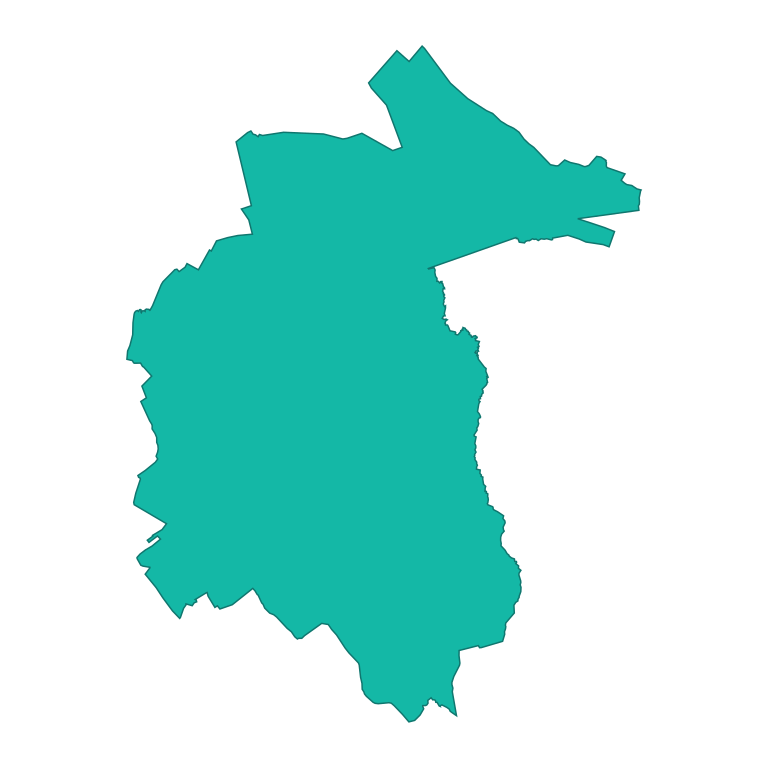 outline of Tasnad, Satu Mare, Romania
{"feature_id": "2599482B32783786094013", "entity_name": "Tasnad", "entity_type": "district", "adm_level": 2, "iso_a3": "ROU", "parent_name": "Romania", "parent_adm1": "Satu Mare", "projection": "mercator", "projection_center": [22.612, 47.484], "detail": "fine", "context": "isolated", "style": "filled", "palette": "teal", "viewbox_px": 768, "rotation_deg": 0, "n_neighbors": 0, "source": "geoboundaries", "source_scale": "gbopen_adm2", "svg_char_len": 6124}
<svg xmlns="http://www.w3.org/2000/svg" viewBox="0 0 768 768"><path d="M609.1,246.8L614.5,231.6L604.6,227.6L577.7,218.7L638.9,210.3L638.4,205.9L639.3,204.2L639.5,201.4L639.2,197.8L640.6,190.9L641.1,190.0L636.9,188.9L631.8,185.5L626.8,184.6L624.5,183.1L621.2,180.3L625.0,173.9L607.0,167.6L606.3,166.1L606.4,162.4L605.6,160.9L606.0,160.4L601.0,157.1L596.7,156.4L588.9,165.4L585.7,166.5L584.2,166.6L578.8,164.4L570.3,162.5L564.7,160.0L558.3,165.7L556.2,165.9L550.4,164.7L533.8,147.4L529.0,143.9L524.0,139.1L519.0,132.2L513.7,128.3L507.2,125.2L500.6,121.1L492.8,113.6L486.4,110.6L467.8,98.7L450.4,83.2L424.5,48.4L422.1,46.1L409.1,61.5L396.9,50.7L368.6,82.9L371.4,88.1L386.5,105.1L402.2,147.3L392.7,150.6L361.9,133.3L347.1,138.3L342.8,139.0L323.5,134.0L283.6,132.3L262.6,135.5L259.4,134.5L258.1,136.7L255.5,134.8L253.1,134.2L250.9,131.0L247.6,132.6L236.1,141.9L251.4,205.7L241.4,209.0L248.8,219.9L252.4,234.2L237.9,235.5L227.7,237.6L216.5,240.9L211.3,251.0L209.5,250.0L198.4,269.8L187.0,263.6L185.1,267.2L179.1,271.6L176.9,269.2L174.8,269.7L163.0,281.7L161.2,284.7L152.6,305.6L150.1,310.1L149.4,310.8L149.7,310.3L149.0,309.4L146.3,309.1L145.1,309.9L145.1,311.3L144.3,310.8L142.3,310.9L141.3,312.7L141.0,312.2L141.0,309.8L140.2,309.5L139.5,309.7L138.5,311.4L137.4,310.5L135.7,311.2L134.6,312.6L134.1,314.3L133.0,322.7L132.7,334.8L129.9,345.6L127.6,351.0L126.9,359.3L132.4,360.6L133.6,362.8L134.4,363.2L140.6,363.1L142.5,366.4L143.8,367.2L151.7,376.1L141.9,386.1L146.4,397.8L140.8,401.5L149.6,420.7L151.8,424.3L152.2,425.8L152.1,428.9L155.0,433.4L156.7,437.5L156.7,442.4L157.9,445.3L158.2,448.9L157.6,452.2L156.1,456.2L157.7,459.0L155.3,462.3L145.2,470.5L137.9,475.5L138.6,477.3L140.2,478.2L140.4,479.2L135.8,493.2L133.7,502.4L134.2,504.7L166.5,523.7L162.1,529.6L152.5,535.4L152.9,536.1L147.3,540.2L149.0,542.4L157.5,536.0L160.5,539.1L152.0,546.1L145.5,549.9L140.1,554.0L137.0,557.5L137.1,558.6L140.8,565.2L142.9,566.1L149.9,567.3L149.9,567.9L145.2,574.2L156.2,587.7L162.9,597.9L172.5,610.9L179.7,618.4L180.4,617.5L183.6,608.3L186.0,604.9L186.0,603.9L192.2,605.7L194.2,602.8L196.7,601.8L196.2,600.0L195.2,599.5L205.9,593.0L207.1,592.5L208.1,596.2L214.9,607.4L217.4,605.8L219.9,609.0L232.3,604.7L252.8,588.4L255.0,590.8L257.2,594.5L258.1,595.1L261.7,602.9L263.1,604.3L264.7,608.1L269.7,613.1L273.7,614.7L276.6,617.0L287.2,628.4L291.4,631.8L294.8,636.8L297.4,639.0L298.7,638.3L301.8,638.3L304.6,635.6L321.7,623.4L328.3,624.5L331.7,629.5L336.6,635.0L345.1,648.0L349.0,653.0L358.4,662.9L359.2,664.9L360.6,677.4L362.0,683.4L362.2,689.3L363.9,691.9L364.5,693.9L366.4,696.3L373.1,702.3L375.1,703.3L378.2,703.7L389.0,702.7L391.3,703.2L394.2,705.7L402.5,714.4L408.9,721.9L414.7,720.4L420.1,715.0L423.7,708.8L422.8,706.7L422.8,705.6L425.7,705.5L426.8,704.9L428.0,703.2L427.8,700.4L431.1,697.8L432.8,699.9L434.0,699.7L435.4,700.4L435.8,702.3L437.1,702.4L439.2,706.0L440.2,706.4L440.0,705.9L441.9,704.9L446.8,707.4L449.2,709.1L450.3,711.4L456.5,715.7L452.3,691.7L452.9,688.1L451.9,684.5L451.9,682.4L453.8,676.5L459.5,665.3L459.9,663.1L459.0,655.6L459.1,650.5L478.3,645.6L479.6,647.7L481.3,647.6L502.6,641.3L504.7,634.3L504.5,631.7L505.5,628.9L505.8,626.6L505.4,625.2L505.8,622.9L514.3,613.0L513.9,605.3L515.7,602.4L517.9,600.9L517.9,599.5L519.1,597.4L519.2,596.1L520.8,591.7L521.0,587.3L520.2,584.9L520.8,582.6L520.7,580.9L518.9,575.0L519.0,573.2L520.9,570.3L518.4,568.3L518.6,565.9L515.8,563.6L516.6,562.4L516.4,561.5L514.7,561.4L514.4,558.9L511.5,557.9L509.3,556.2L508.8,555.0L507.1,553.7L505.1,550.2L501.0,545.8L501.2,543.5L500.6,540.3L500.7,537.1L501.7,534.0L504.2,531.1L503.5,529.9L503.1,527.2L505.1,522.9L504.9,521.0L502.9,518.5L503.6,515.8L497.5,511.7L494.1,510.0L493.2,509.1L493.0,507.2L492.6,506.7L487.9,504.8L487.3,503.6L487.8,502.8L488.3,499.6L488.0,497.5L487.6,497.0L487.8,494.3L487.7,493.6L486.2,493.1L486.4,491.6L485.6,491.0L485.0,491.2L485.2,487.9L485.7,486.4L483.6,484.4L482.7,478.9L482.9,477.1L481.1,476.4L481.4,475.1L479.9,473.4L480.2,470.0L476.5,469.2L476.6,466.9L477.4,465.2L476.7,464.0L476.7,462.1L474.9,459.5L475.1,457.6L474.3,456.7L474.8,455.1L474.6,454.4L476.0,452.1L474.9,449.8L475.8,447.9L475.8,445.9L474.8,443.5L476.1,436.9L474.3,436.1L474.0,435.0L477.1,430.2L476.8,427.9L477.8,426.5L478.7,423.6L478.1,421.8L478.1,419.6L479.0,418.1L480.4,417.6L480.5,416.7L479.3,413.9L477.5,411.6L478.8,403.7L480.0,401.5L479.1,401.0L478.8,399.8L479.1,399.1L480.5,398.7L480.3,396.5L481.5,396.2L481.8,394.2L483.2,392.9L482.7,391.7L483.1,391.1L482.1,389.2L486.0,385.3L486.9,383.8L486.8,382.9L487.6,382.4L486.7,378.4L487.9,377.5L486.7,376.6L487.2,376.0L487.7,376.2L485.8,371.2L486.1,368.5L484.4,367.1L478.2,359.0L478.2,357.6L477.7,356.9L478.1,355.8L476.9,355.6L477.6,354.6L477.0,354.0L477.3,352.7L475.6,353.2L475.0,352.6L476.0,351.0L478.5,351.1L477.8,349.3L478.5,348.0L477.6,347.2L479.0,346.4L478.2,344.5L479.4,341.5L475.5,340.6L475.7,339.6L475.1,338.5L476.9,338.0L477.2,337.2L476.1,336.6L475.6,335.7L473.2,336.1L472.4,337.2L471.5,337.1L471.0,335.3L469.1,334.4L469.6,333.1L468.6,332.5L468.3,331.4L467.1,331.1L466.7,330.0L465.8,329.6L465.2,328.3L463.0,327.5L462.9,328.7L462.2,329.2L462.8,330.0L460.8,330.6L460.9,331.4L458.1,334.7L457.3,334.9L455.3,334.2L455.7,332.6L455.2,331.9L450.0,330.8L447.9,325.6L447.4,325.0L445.5,325.0L445.5,323.8L444.9,323.2L445.9,320.7L447.3,319.8L446.1,319.1L444.0,319.5L442.2,318.3L443.6,315.9L445.1,315.8L444.3,313.5L445.5,308.0L445.5,305.9L444.6,306.6L443.4,304.4L443.4,303.2L444.0,302.0L443.7,300.2L444.9,297.8L443.8,296.7L443.8,295.7L444.4,295.1L443.8,294.7L444.2,294.2L443.3,293.6L443.4,292.5L442.6,291.4L443.2,288.6L444.6,288.8L444.5,287.8L443.4,286.5L442.7,283.7L441.2,282.7L442.1,282.0L442.0,281.5L440.6,281.6L439.6,282.9L438.0,281.2L436.9,281.3L437.0,278.3L435.6,276.4L434.8,272.4L435.1,270.0L434.0,267.7L428.1,269.1L428.5,268.8L428.3,268.5L435.8,265.8L515.9,237.6L516.3,238.6L517.4,238.4L518.1,239.2L519.3,242.2L524.5,242.9L525.6,241.4L527.8,240.6L529.4,240.7L532.6,238.8L534.1,239.4L536.1,239.1L538.3,240.5L541.0,238.8L544.3,239.2L546.7,238.7L551.4,239.9L552.5,239.6L552.6,238.1L567.8,235.3L579.2,239.0L585.9,242.0L603.2,244.6L609.1,246.8Z" fill="#14b8a6" stroke="#0f766e" stroke-width="1.5"/></svg>